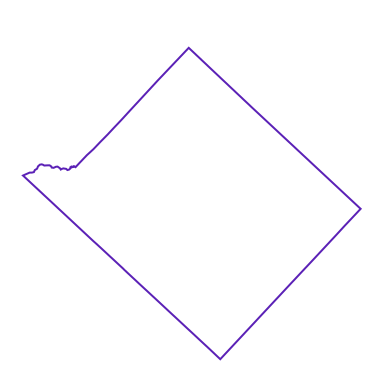 outline of San Juan, New Mexico, United States of America, rotated 223°
{"feature_id": "52423323B37517446111976", "entity_name": "San Juan", "entity_type": "district", "adm_level": 2, "iso_a3": "USA", "parent_name": "United States of America", "parent_adm1": "New Mexico", "projection": "mercator", "projection_center": [-107.969, 36.5], "detail": "fine", "context": "isolated", "style": "outline", "palette": "violet", "viewbox_px": 384, "rotation_deg": 223, "n_neighbors": 0, "source": "geoboundaries", "source_scale": "gbopen_adm2", "svg_char_len": 1077}
<svg xmlns="http://www.w3.org/2000/svg" viewBox="0 0 384 384"><g transform="rotate(223 192 192)"><path d="M292.7,295.2L293.1,250.1L293.0,231.9L292.9,208.8L292.9,208.6L292.8,196.6L292.9,185.6L292.9,176.2L293.2,166.1L293.3,156.1L294.0,147.2L294.1,136.5L294.1,131.5L294.1,130.7L295.0,130.4L295.5,130.6L296.3,130.0L295.9,129.3L296.8,128.1L297.6,128.2L297.8,127.1L297.0,126.4L297.2,124.5L298.1,123.1L299.8,123.1L302.2,121.5L302.9,120.2L303.3,118.9L304.7,119.3L307.6,118.9L308.7,117.7L309.7,115.3L311.3,114.2L312.3,114.7L314.3,114.4L316.3,112.5L318.1,110.6L319.9,110.2L320.9,109.6L321.9,108.2L322.1,105.7L321.2,103.4L321.9,100.8L321.2,98.7L322.4,96.9L324.0,95.4L325.2,92.6L326.6,89.3L326.8,88.8L316.7,88.8L230.6,88.8L225.2,88.9L189.4,89.0L189.2,88.9L183.0,88.9L182.9,88.9L177.6,88.9L167.8,88.9L141.8,89.0L127.9,89.0L72.4,89.1L71.7,89.1L57.3,89.0L57.3,95.2L57.3,95.3L57.3,114.8L57.3,186.7L57.3,192.4L57.2,230.5L57.2,257.9L57.3,271.2L57.2,294.7L76.5,294.7L93.5,294.7L97.3,294.7L142.2,294.7L205.7,294.7L261.3,295.0L292.7,295.2Z" fill="none" stroke="#5b21b6" stroke-width="2"/></g></svg>